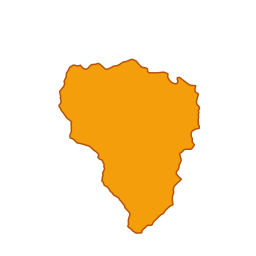 Gozhing, Shemgang, Bhutan, rotated 130°
{"feature_id": "84629894B58604121437268", "entity_name": "Gozhing", "entity_type": "district", "adm_level": 2, "iso_a3": "BTN", "parent_name": "Bhutan", "parent_adm1": "Shemgang", "projection": "natural_earth1", "projection_center": [90.921, 26.963], "detail": "fine", "context": "isolated", "style": "filled", "palette": "amber", "viewbox_px": 256, "rotation_deg": 130, "n_neighbors": 0, "source": "geoboundaries", "source_scale": "gbopen_adm2", "svg_char_len": 5821}
<svg xmlns="http://www.w3.org/2000/svg" viewBox="0 0 256 256"><g transform="rotate(130 128 128)"><path d="M52.2,103.3L53.2,105.0L54.7,107.0L55.4,108.7L55.7,111.7L55.8,113.8L56.0,117.3L56.0,119.4L56.3,121.2L56.8,121.8L57.6,122.4L58.0,122.4L58.8,121.8L59.8,120.5L60.3,119.6L61.2,119.3L62.3,119.2L62.8,119.4L63.4,119.7L63.8,120.3L64.0,120.7L64.7,122.2L65.0,124.0L64.9,125.7L64.8,126.8L64.5,127.7L64.3,128.3L63.9,129.6L63.2,130.6L61.8,131.5L61.2,131.9L61.0,132.5L61.0,133.1L61.6,134.7L62.2,136.4L63.1,137.4L65.1,139.3L67.9,142.1L68.7,143.2L70.9,145.8L71.8,146.8L72.2,147.5L72.2,148.5L72.1,149.0L71.8,149.6L70.6,150.7L70.2,151.2L70.2,151.8L70.6,153.1L71.7,154.9L72.3,156.1L72.6,156.7L72.4,157.4L72.5,158.2L72.4,159.4L71.9,162.3L71.7,163.6L71.6,164.2L71.5,164.9L71.7,165.6L72.3,168.0L73.1,169.3L74.5,170.3L75.8,170.7L78.0,172.0L80.3,173.8L81.1,174.2L82.0,174.5L83.0,174.9L84.6,175.2L86.0,175.9L87.2,176.4L88.0,176.9L88.7,177.7L89.4,178.4L89.8,178.7L90.9,179.3L91.5,179.4L92.4,179.7L93.6,180.3L94.4,180.6L94.9,181.0L95.3,181.3L95.8,181.6L96.3,181.8L97.0,182.3L97.4,183.2L97.5,184.0L97.3,185.5L97.3,186.2L97.2,188.9L97.2,190.4L97.3,190.9L97.4,191.5L97.4,191.9L97.8,192.4L98.5,192.9L99.3,193.4L100.3,194.0L101.0,194.8L101.7,195.5L102.0,195.9L102.3,196.2L103.5,196.8L104.1,196.9L105.3,197.1L107.6,197.0L110.0,197.8L111.0,200.0L110.9,202.2L110.6,205.0L111.0,205.1L111.8,205.5L112.2,206.0L112.5,206.3L113.1,206.9L113.6,207.4L113.8,208.4L114.1,209.1L114.5,209.7L114.7,210.0L115.1,210.4L115.7,210.6L116.2,210.7L117.0,211.0L117.7,211.3L118.3,211.4L119.2,211.5L120.1,211.4L120.8,211.1L122.0,210.9L123.9,210.6L125.7,210.4L127.2,209.2L128.2,208.5L129.2,208.1L130.8,207.6L132.3,207.2L133.3,207.0L134.1,205.9L135.2,204.7L135.8,204.6L137.3,204.0L137.9,203.9L138.5,203.9L139.2,204.0L139.9,204.0L140.8,203.9L142.5,203.9L143.6,204.0L144.2,203.5L144.9,202.8L145.5,202.0L146.4,200.7L147.6,199.5L148.6,199.2L149.0,198.3L150.2,196.9L151.5,195.7L152.7,195.5L153.6,195.5L154.5,195.5L155.5,195.1L155.7,194.4L156.2,193.0L157.0,191.2L157.5,190.2L157.8,188.5L157.9,187.7L158.1,187.0L159.7,181.2L159.6,178.8L159.5,177.4L159.5,176.3L159.6,175.1L160.0,175.1L161.5,174.1L162.2,173.6L162.8,173.1L163.1,172.6L163.3,172.3L163.8,171.8L164.3,171.5L165.2,170.8L165.7,170.3L166.1,170.0L166.5,169.7L167.1,169.1L167.5,168.9L168.0,168.8L168.7,168.6L169.2,168.5L170.4,168.0L171.1,167.6L171.8,167.1L172.3,166.6L172.7,165.8L172.6,165.3L172.3,164.9L172.1,164.3L171.9,163.8L171.7,163.1L171.8,162.6L171.8,162.2L171.8,161.4L171.8,160.3L171.9,159.8L172.0,159.3L172.1,158.7L172.2,157.9L172.1,157.4L171.8,156.8L171.4,156.2L171.0,155.4L170.7,154.9L170.5,154.4L170.1,153.7L169.8,153.2L169.3,152.1L169.1,151.6L168.9,151.0L168.7,150.5L168.4,149.8L168.2,149.3L168.1,148.9L167.5,147.9L167.2,146.9L167.0,146.3L166.8,145.9L166.8,145.4L166.7,144.9L166.6,144.1L166.6,143.5L166.9,142.1L166.8,141.3L167.0,140.8L167.0,140.3L166.9,138.9L166.8,138.1L166.7,137.0L166.8,135.6L167.0,134.1L167.2,133.6L167.5,133.1L168.1,132.8L168.7,132.7L169.3,132.5L169.7,132.3L170.0,131.9L170.0,131.4L170.0,130.8L170.0,130.1L170.0,129.6L169.9,129.1L169.8,128.6L169.4,127.8L169.5,127.1L169.6,126.3L169.9,125.7L170.4,124.9L170.9,123.9L171.0,123.2L171.5,122.8L171.9,122.4L172.6,122.0L173.1,121.6L173.4,121.1L173.7,120.5L174.2,119.9L174.9,119.6L175.8,119.2L176.9,118.9L178.0,118.8L178.6,118.4L178.9,118.1L179.6,117.7L180.0,117.2L180.2,116.8L180.6,116.4L181.2,116.4L181.6,116.3L182.1,116.0L182.5,115.8L182.9,115.4L183.4,115.0L183.8,114.8L184.2,114.7L184.9,114.1L185.4,113.9L185.4,113.2L185.4,112.6L185.6,112.1L186.0,111.5L186.4,110.6L186.6,110.2L186.9,109.7L187.1,109.3L187.1,108.9L186.8,108.0L186.7,107.3L186.5,106.3L186.6,105.3L186.6,104.7L186.9,103.8L187.1,102.8L187.6,101.6L187.9,100.9L187.8,99.9L188.0,97.7L188.3,96.8L188.6,95.8L188.5,95.3L188.4,94.8L188.3,94.3L188.0,93.6L187.9,92.7L187.7,91.1L187.7,90.0L187.7,89.6L188.0,88.9L188.4,88.3L188.4,87.0L188.7,85.8L189.1,84.1L189.4,82.0L189.9,80.6L190.3,79.8L190.8,79.5L191.0,79.0L191.3,77.9L191.3,76.4L191.5,75.3L191.8,73.2L192.2,72.0L192.9,71.0L193.8,70.6L194.5,70.2L195.7,69.8L197.7,68.9L198.9,68.1L199.7,67.3L200.7,66.5L201.2,66.0L202.4,65.3L203.4,65.0L203.7,62.9L203.5,61.6L203.5,60.2L203.8,58.1L203.5,55.6L203.4,54.5L202.6,53.5L201.0,51.7L200.0,50.6L199.5,50.2L197.6,51.2L197.0,51.4L195.5,51.1L193.0,50.8L192.3,50.7L190.6,50.6L189.7,50.3L189.0,49.2L188.5,48.6L187.7,48.1L187.3,47.5L186.6,47.4L185.3,47.7L184.4,48.0L182.5,48.1L180.1,47.7L178.4,47.6L176.4,47.5L174.7,47.2L172.7,46.9L171.5,46.2L170.9,46.0L170.3,46.0L168.5,46.2L166.5,46.4L164.2,46.1L162.1,45.8L159.8,45.2L158.6,44.5L157.6,44.5L155.6,46.8L153.9,48.4L151.6,50.1L149.0,51.2L147.9,51.7L146.6,53.2L145.4,54.0L144.5,54.7L142.7,55.1L140.5,55.0L137.5,54.7L134.2,54.2L133.3,54.2L133.0,54.5L132.9,55.2L132.8,56.0L132.8,57.9L132.5,59.4L132.3,60.3L132.2,61.6L131.4,62.0L130.7,62.6L129.8,62.8L129.1,62.9L127.9,62.8L126.9,63.0L126.0,63.4L124.8,64.1L124.0,64.6L123.3,65.2L121.9,65.3L121.0,65.7L120.6,65.9L119.4,66.2L118.9,66.2L117.7,67.4L116.7,69.1L115.7,70.1L115.0,71.8L114.1,72.0L112.4,71.4L111.3,71.2L110.4,71.1L109.4,71.3L108.5,70.9L107.4,70.3L106.0,68.8L105.0,67.5L103.8,66.2L103.0,66.0L101.8,65.8L99.9,66.2L99.2,66.0L98.4,66.4L97.9,67.6L97.6,68.9L97.1,70.1L96.2,70.8L95.7,71.3L94.9,71.7L94.4,72.7L93.8,74.0L92.5,75.4L91.7,76.1L90.6,76.5L89.3,76.9L88.1,76.6L86.9,76.0L86.0,75.8L84.8,75.1L83.8,74.3L82.4,73.3L81.9,73.7L80.7,74.6L80.3,75.7L80.2,76.4L79.6,76.9L78.8,77.1L78.0,78.5L76.9,79.2L76.5,79.7L75.6,80.1L74.5,80.7L73.2,82.0L72.4,82.7L71.3,83.3L70.5,83.9L69.8,84.6L69.6,85.1L69.1,85.4L68.0,85.7L67.5,85.6L66.9,86.0L66.2,86.8L65.9,87.8L65.8,88.8L65.7,90.0L65.6,90.5L65.2,91.0L64.7,91.4L64.3,92.1L63.3,92.7L62.4,93.3L61.4,93.8L59.1,94.8L58.1,95.3L57.3,95.5L56.7,96.3L56.9,97.9L56.9,99.9L56.5,100.6L55.5,101.4L54.7,102.0L53.1,102.8L52.2,103.3Z" fill="#f59e0b" stroke="#b45309" stroke-width="1.5"/></g></svg>